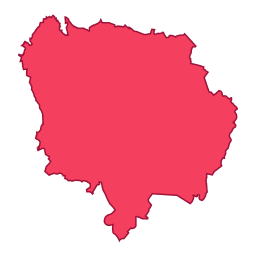 the district of San Marcos, Sucre, Colombia
{"feature_id": "7082276B33104783866993", "entity_name": "San Marcos", "entity_type": "district", "adm_level": 2, "iso_a3": "COL", "parent_name": "Colombia", "parent_adm1": "Sucre", "projection": "robinson", "projection_center": [-75.194, 8.569], "detail": "fine", "context": "isolated", "style": "filled", "palette": "rose", "viewbox_px": 256, "rotation_deg": 0, "n_neighbors": 0, "source": "geoboundaries", "source_scale": "gbopen_adm2", "svg_char_len": 5579}
<svg xmlns="http://www.w3.org/2000/svg" viewBox="0 0 256 256"><path d="M224.4,158.2L224.3,157.3L224.4,156.3L225.4,154.4L225.6,153.5L225.6,150.7L228.1,148.1L229.1,144.3L229.8,142.5L230.8,141.2L231.0,140.6L231.1,139.9L230.9,139.1L229.8,137.5L229.5,136.6L229.4,134.9L229.8,133.6L231.5,131.7L233.1,128.5L235.1,127.1L235.6,126.4L235.7,125.1L234.5,123.5L234.2,122.6L233.6,122.8L233.2,122.6L233.3,122.3L234.2,121.8L236.5,118.4L236.6,117.7L236.6,115.8L236.3,114.4L234.9,112.2L234.8,111.3L235.1,110.6L236.0,109.8L237.1,109.2L237.2,108.4L236.8,107.7L236.0,106.8L233.9,105.0L233.0,103.7L231.6,102.7L230.7,101.7L231.6,99.8L231.4,97.8L231.1,97.7L229.4,99.1L226.1,96.4L225.9,96.0L224.0,95.9L223.3,96.1L222.8,96.0L222.4,95.2L221.9,92.7L220.9,91.3L219.1,90.6L216.5,92.9L216.3,93.3L214.6,94.4L213.7,95.2L212.6,93.7L211.5,93.1L211.4,92.3L209.1,92.0L208.0,88.8L208.0,89.2L204.2,77.4L208.0,72.2L205.7,70.8L205.4,70.1L203.4,69.1L203.8,67.0L199.3,65.5L190.6,63.4L191.0,61.8L190.9,61.0L190.3,60.1L190.6,59.5L190.6,58.8L189.7,57.7L189.5,57.1L190.0,55.2L191.1,52.9L191.3,50.0L192.5,47.1L193.2,46.7L195.1,46.9L195.8,46.1L184.6,33.8L183.7,35.0L182.9,35.2L180.6,35.1L177.8,35.7L176.8,36.1L175.7,36.7L175.7,36.9L175.3,36.9L175.0,36.6L172.2,35.6L170.5,35.4L169.6,35.5L169.3,35.7L168.9,36.9L168.4,37.4L166.5,37.6L165.8,37.1L165.4,36.1L164.2,34.7L163.7,33.0L163.0,32.3L162.4,32.4L162.1,33.0L159.8,33.5L157.5,33.4L155.4,34.4L154.4,34.2L153.9,32.8L153.9,32.0L154.2,30.4L154.6,29.7L153.8,29.5L153.6,29.7L153.3,29.5L151.9,29.3L150.4,33.6L146.6,34.4L144.2,34.6L136.7,31.6L134.0,31.2L131.7,28.9L129.3,27.4L129.3,28.6L126.3,26.5L125.4,25.2L124.6,25.3L124.5,25.8L123.7,26.9L122.5,27.0L121.8,26.4L121.1,26.4L120.5,26.7L119.9,26.3L119.5,26.5L118.9,26.1L118.2,26.4L117.4,26.1L116.6,26.7L116.0,26.6L115.7,26.9L115.2,26.9L114.8,26.6L114.7,24.9L109.2,22.8L102.7,22.7L101.9,22.4L101.6,22.2L101.6,21.6L100.8,19.8L99.9,21.9L97.4,23.7L95.6,24.4L94.6,25.1L93.5,25.1L90.0,27.2L89.5,27.7L89.3,30.9L88.4,30.8L87.0,29.7L85.1,29.2L83.9,28.3L77.8,28.3L77.4,28.2L77.3,27.9L75.3,27.1L75.4,26.9L75.1,26.8L74.3,26.8L74.4,26.5L73.5,26.1L72.8,25.3L72.2,25.0L69.3,21.2L68.7,20.4L68.6,19.3L66.7,17.6L65.2,17.0L65.2,19.3L65.5,20.4L65.5,23.3L67.5,22.6L67.8,24.1L67.0,26.2L66.3,27.5L67.3,31.1L68.0,35.2L67.3,35.2L67.0,34.8L66.5,35.2L65.3,35.4L65.0,34.7L62.9,33.4L62.3,32.5L61.6,31.9L61.5,31.7L61.9,30.7L61.7,30.2L60.1,30.6L59.9,30.3L59.5,29.3L59.4,27.5L59.4,27.0L60.3,26.7L59.7,25.1L59.9,23.4L58.6,22.5L57.9,20.9L57.2,21.1L57.3,20.4L56.5,20.5L56.1,18.3L55.4,18.8L55.1,18.7L54.6,16.8L53.0,15.4L51.2,17.6L49.5,16.5L47.7,17.8L46.4,16.9L46.3,18.7L43.5,18.9L43.3,22.3L40.3,22.7L39.4,26.5L38.4,26.9L37.9,27.4L35.6,30.4L34.8,31.9L32.5,34.6L32.2,37.1L31.3,38.8L30.0,38.3L30.0,40.8L31.1,42.2L32.1,44.3L31.9,44.7L29.5,45.4L29.5,44.8L29.2,44.8L28.0,43.0L27.2,43.1L26.7,42.4L24.9,41.5L24.1,42.7L24.7,42.8L23.0,45.0L22.7,44.7L21.8,45.6L22.9,45.7L23.3,46.5L24.4,47.0L25.4,48.0L25.3,49.3L25.0,49.4L24.5,50.4L24.1,52.3L23.4,54.0L23.7,54.0L23.2,55.0L22.3,54.7L21.9,55.6L19.1,54.4L18.8,55.3L21.6,56.9L20.3,61.4L22.2,61.0L22.8,66.1L23.5,69.5L27.1,69.1L26.6,72.0L26.7,75.2L27.2,75.7L30.7,77.3L29.5,82.5L31.2,85.4L31.8,87.2L31.6,89.8L32.4,90.6L33.8,94.0L34.5,96.6L35.7,98.2L35.9,100.5L37.3,101.9L38.0,103.1L39.2,104.5L39.5,105.2L39.6,107.7L40.1,108.9L41.5,110.9L42.7,114.3L43.0,121.5L43.2,123.1L43.2,123.5L42.9,123.5L43.1,124.0L43.0,124.3L41.8,125.1L41.4,125.8L40.5,130.0L38.4,132.4L37.4,132.4L36.9,132.1L36.6,135.9L36.3,135.7L35.7,138.4L36.7,139.1L37.7,139.4L39.2,140.6L40.2,142.1L39.6,145.7L38.6,146.4L38.0,147.2L38.2,147.8L39.0,147.3L39.1,148.2L38.3,148.8L38.0,149.8L37.8,149.6L38.0,150.4L42.7,148.3L43.4,148.3L44.2,148.7L44.6,149.6L45.6,154.4L49.4,156.8L49.4,157.5L48.4,158.9L50.7,161.3L49.2,163.6L46.4,166.4L44.9,171.4L49.2,175.2L50.4,174.5L51.2,174.4L52.2,173.9L54.1,173.3L54.8,173.4L56.5,174.0L57.7,173.9L59.6,173.0L60.9,173.3L61.5,173.6L63.0,175.2L64.6,175.8L64.4,175.9L65.1,176.0L64.9,178.5L66.7,179.0L68.0,180.4L68.6,180.7L69.1,180.8L70.1,180.4L71.9,181.0L72.5,181.0L73.0,180.9L73.0,180.7L75.9,180.2L79.3,180.5L80.7,180.7L82.0,181.8L83.1,180.8L83.6,180.7L84.2,180.7L86.2,181.4L87.0,181.3L87.9,182.3L90.2,183.6L90.3,187.4L88.5,188.2L86.6,189.7L86.9,191.7L89.0,191.7L91.3,192.4L92.4,194.0L93.2,193.3L92.8,192.3L92.9,191.8L97.0,185.1L97.7,184.5L98.6,184.8L99.5,184.2L99.2,183.0L99.4,181.9L100.3,182.4L101.4,182.5L101.9,184.2L102.2,186.8L103.1,190.0L105.9,195.3L106.8,197.8L109.8,203.7L112.7,206.7L115.2,210.0L112.6,212.8L111.1,214.0L107.7,215.2L106.4,216.1L105.4,217.2L104.6,219.3L104.3,221.8L105.4,223.8L106.5,224.6L107.4,225.1L109.4,225.4L112.9,224.5L112.6,229.0L113.1,232.5L113.5,233.2L115.3,234.3L117.1,236.4L119.0,239.5L119.4,240.6L119.8,239.9L120.8,239.1L122.1,238.6L123.9,238.6L128.6,232.9L127.4,231.7L130.8,228.1L132.3,228.6L134.6,227.7L135.9,226.0L135.9,216.6L137.0,216.5L138.7,217.3L139.5,217.2L141.2,218.3L142.7,218.7L147.6,218.8L147.7,217.6L145.5,216.1L148.6,211.4L148.7,211.0L148.8,209.7L151.4,205.3L151.0,204.5L148.4,201.4L148.4,199.2L150.2,196.4L151.2,195.4L152.3,193.7L177.0,195.3L190.2,203.6L191.8,202.0L193.1,199.5L193.6,197.8L193.8,196.4L193.1,195.5L193.6,195.2L193.9,195.2L195.1,196.0L196.4,196.7L197.2,196.3L197.3,195.4L197.1,195.3L197.5,194.9L199.1,194.8L199.4,195.2L199.1,197.9L199.4,198.9L200.2,199.8L201.0,199.9L201.6,200.4L202.6,200.1L203.8,198.9L205.6,195.7L205.9,193.4L207.2,192.0L206.8,189.0L206.5,183.9L206.3,183.9L206.0,179.4L206.6,178.2L206.7,177.3L206.6,175.5L206.9,174.4L206.8,173.7L212.2,174.9L214.2,171.6L221.7,165.8L221.0,163.8L221.2,160.7L222.8,158.0L224.4,158.2Z" fill="#f43f5e" stroke="#9f1239" stroke-width="1.5"/></svg>